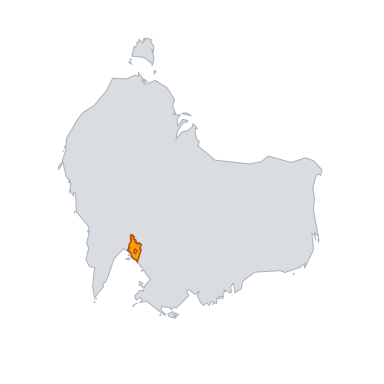 Burke, Queensland, Australia shown in context, rotated 197°
{"feature_id": "25037944B14025919363288", "entity_name": "Burke", "entity_type": "district", "adm_level": 2, "iso_a3": "AUS", "parent_name": "Australia", "parent_adm1": "Queensland", "projection": "natural_earth1", "projection_center": [139.379, -18.061], "detail": "fine", "context": "in_parent", "style": "filled", "palette": "amber", "viewbox_px": 384, "rotation_deg": 197, "n_neighbors": 0, "source": "geoboundaries", "source_scale": "gbopen_adm2", "svg_char_len": 6426}
<svg xmlns="http://www.w3.org/2000/svg" viewBox="0 0 384 384"><g transform="rotate(197 192 192)"><path d="M259.3,72.4L263.1,91.5L268.0,90.6L273.6,96.3L274.4,108.0L277.7,112.1L278.4,123.0L280.7,128.6L296.7,139.2L302.8,156.4L304.6,157.3L305.0,154.2L308.4,157.4L309.0,155.8L310.3,164.6L312.3,167.2L316.8,169.9L325.3,184.8L324.7,194.6L327.7,206.5L322.4,228.8L319.0,236.8L311.0,246.0L303.3,264.1L301.1,277.7L287.8,280.9L281.1,286.8L277.0,287.3L278.1,290.6L271.8,285.7L272.7,284.6L272.3,283.4L271.1,283.4L269.0,285.5L267.4,284.2L270.1,282.2L268.6,280.7L259.8,288.0L246.3,284.4L235.8,275.4L235.5,268.4L230.5,262.1L232.6,262.3L232.6,260.4L225.5,262.3L227.6,257.6L224.8,250.7L222.2,258.6L217.0,259.3L217.8,256.7L220.3,256.7L223.8,246.0L222.7,238.0L219.2,246.4L214.0,249.6L210.5,254.7L211.0,257.3L208.9,256.9L205.5,254.1L207.6,254.0L206.1,249.1L202.7,243.4L200.0,242.7L199.5,237.7L179.0,229.2L144.9,235.7L134.2,241.5L129.7,248.7L105.9,249.2L93.4,257.9L84.6,257.3L74.4,251.4L73.9,245.5L76.4,246.5L78.2,242.9L77.5,230.8L72.9,221.7L70.7,210.3L58.2,186.5L62.7,189.1L59.7,181.8L61.8,186.1L65.2,187.4L59.0,172.5L62.1,151.9L63.1,156.8L66.7,151.5L79.8,142.1L84.6,142.6L108.6,133.7L117.4,121.7L116.6,113.9L121.4,108.3L125.6,116.9L127.6,112.1L124.9,108.7L125.7,106.6L133.6,108.0L131.1,107.2L132.7,103.7L131.2,100.7L135.5,100.3L133.9,98.0L137.4,97.7L136.2,94.5L139.2,90.8L139.4,93.0L141.9,92.7L142.0,88.6L145.6,90.0L147.8,86.7L151.7,89.0L156.8,94.8L156.0,99.4L159.4,94.9L166.6,97.9L168.1,95.4L164.8,91.9L173.2,76.2L174.9,77.2L177.7,73.3L178.8,74.9L187.5,73.7L187.2,69.9L181.3,67.1L182.3,66.2L203.4,74.3L209.5,71.3L208.0,74.4L210.6,76.1L213.7,72.4L216.5,75.5L213.2,82.5L209.6,83.2L209.8,88.2L206.4,96.1L225.5,110.5L230.7,112.0L232.3,115.4L240.9,117.8L247.1,105.3L247.5,87.1L248.5,80.3L250.7,78.6L249.0,75.5L254.3,62.4L259.3,72.4ZM267.1,302.8L277.2,306.7L289.3,304.3L289.7,315.1L289.0,313.1L287.7,315.4L287.2,322.5L283.0,319.6L280.1,326.1L274.9,325.6L276.0,323.8L271.6,320.7L269.9,315.2L271.9,316.2L267.3,308.5L267.1,302.8ZM171.5,66.3L177.5,66.2L179.4,68.2L175.4,72.1L171.5,66.3ZM214.8,264.6L225.1,264.2L220.7,266.0L214.8,264.6ZM215.0,87.2L216.2,91.1L212.4,90.4L213.0,87.7L215.0,87.2ZM324.8,183.0L324.7,178.6L326.3,174.8L326.8,177.5L324.8,183.0ZM286.7,296.4L290.0,297.3L290.1,298.8L286.7,296.4ZM170.9,67.4L173.0,71.3L169.2,71.0L170.9,67.4ZM263.5,297.1L261.6,296.7L262.7,294.1L263.5,297.1ZM235.4,108.9L233.6,110.1L231.7,110.7L232.6,108.5L235.4,108.9ZM58.1,185.5L56.6,183.3L56.3,181.3L56.6,181.2L58.1,185.5ZM289.3,300.3L290.6,301.3L288.1,300.5L289.3,300.3ZM311.6,165.2L313.0,165.2L312.9,167.2L311.6,165.2ZM278.9,122.8L280.5,124.0L280.2,124.7L278.9,122.8ZM282.8,323.5L282.9,325.3L281.6,324.7L282.8,323.5ZM326.8,196.3L326.8,198.8L326.7,198.8L326.8,196.3ZM186.9,66.1L185.9,65.0L186.5,64.5L186.9,66.1ZM215.1,66.3L213.6,68.2L215.4,64.8L215.1,66.3ZM327.1,193.4L326.4,194.2L326.9,193.3L327.1,193.4ZM217.4,102.1L216.6,102.4L217.0,101.5L217.4,102.1ZM212.0,87.1L210.9,87.3L211.6,86.1L212.0,87.1ZM71.2,142.2L71.0,143.8L70.5,143.7L71.2,142.2ZM252.6,61.5L252.5,62.8L252.1,61.9L252.6,61.5ZM271.2,284.0L271.4,284.8L271.0,284.6L271.2,284.0ZM213.2,68.8L211.3,70.1L213.3,68.5L213.2,68.8ZM136.3,92.5L135.5,93.5L136.0,92.4L136.3,92.5ZM283.5,322.2L282.9,322.6L283.3,321.9L283.5,322.2ZM234.5,113.5L233.4,113.5L234.0,112.7L234.5,113.5ZM132.3,99.6L131.8,100.1L131.7,98.9L132.3,99.6ZM288.5,318.5L287.6,319.0L287.9,318.1L288.5,318.5ZM253.3,57.9L253.1,58.8L252.6,58.3L253.3,57.9ZM270.6,285.1L271.5,285.9L270.0,285.7L270.6,285.1ZM298.7,139.1L297.9,139.1L298.2,138.1L298.7,139.1ZM304.4,154.1L304.0,154.1L304.3,153.3L304.4,154.1ZM267.5,301.5L267.3,302.1L267.1,301.3L267.5,301.5Z" fill="#d9dde1" stroke="#a8b0b8" stroke-width="1"/><path d="M223.8,109.1L223.8,122.2L225.4,122.3L225.1,127.0L226.0,127.1L226.0,127.3L227.1,127.4L227.4,127.9L227.9,127.3L228.1,127.5L228.5,127.5L228.8,126.8L228.6,126.7L228.8,126.6L229.0,126.3L229.1,126.2L230.1,127.4L230.5,127.0L231.2,127.7L231.0,127.8L230.9,127.9L230.6,128.0L231.0,128.5L231.7,127.8L232.1,128.1L231.9,128.6L232.0,128.7L231.7,129.1L231.8,129.2L231.8,129.3L231.9,129.5L232.0,129.5L232.0,129.9L234.4,130.1L234.3,131.2L234.1,131.2L234.1,132.3L236.0,132.5L235.9,133.4L236.6,133.5L236.6,133.3L237.9,133.4L237.9,133.2L237.8,132.8L237.7,132.7L237.8,132.6L237.7,132.5L237.7,132.3L237.7,132.2L237.7,131.9L237.7,131.7L237.4,131.4L237.5,131.2L237.4,131.1L237.5,131.1L237.5,130.9L237.4,130.9L237.2,130.5L237.1,130.4L237.2,130.2L236.9,129.9L236.9,129.7L237.0,129.5L237.0,129.4L237.0,129.1L236.9,129.1L236.6,128.8L236.7,128.6L236.4,128.4L236.2,128.3L236.2,128.2L236.1,127.9L236.2,127.7L236.1,127.4L236.0,127.5L236.0,127.4L235.9,127.2L235.8,126.9L235.9,126.7L236.0,126.5L235.9,126.5L235.8,126.4L235.9,126.2L236.0,126.1L236.1,125.9L236.2,125.7L236.3,125.6L236.4,125.4L236.4,125.2L236.5,124.8L236.5,124.6L236.6,124.3L236.6,124.2L236.6,123.9L236.6,123.6L236.5,123.4L236.6,123.2L236.6,122.9L236.6,122.7L236.7,122.4L236.6,122.2L236.6,121.9L236.4,121.7L236.2,121.4L236.2,121.2L236.2,120.9L236.2,120.7L236.0,120.4L235.9,120.4L236.0,120.3L236.1,120.1L235.9,120.1L235.7,120.1L235.8,120.0L235.9,119.8L235.9,119.7L235.7,119.6L235.8,119.4L235.7,119.2L235.8,119.1L236.0,118.9L235.9,118.8L235.9,118.7L236.0,118.6L235.9,118.5L235.9,118.4L236.0,118.3L236.2,118.2L235.9,118.0L235.9,117.9L236.0,117.9L236.2,117.7L236.0,117.4L235.9,117.4L235.7,117.4L235.8,117.3L235.7,117.3L235.6,117.2L235.4,117.2L235.2,117.1L234.8,116.9L234.7,116.8L234.6,116.6L234.4,116.5L234.3,116.3L234.1,116.2L233.9,116.0L233.7,115.9L233.7,116.0L233.7,115.9L233.3,115.8L232.9,115.8L232.8,115.7L232.7,115.7L232.4,115.5L232.2,115.3L232.1,115.2L232.0,114.9L231.9,114.6L231.8,114.4L231.7,114.2L231.7,114.3L231.7,114.2L231.6,113.7L231.6,113.4L231.6,113.2L231.5,112.9L231.4,112.8L231.2,112.9L231.2,113.5L229.7,112.3L229.8,111.8L229.6,111.7L229.4,111.6L229.2,111.5L229.0,111.4L228.9,111.4L228.7,111.3L228.4,111.2L228.2,111.0L228.3,111.0L228.1,110.9L227.9,111.0L227.6,111.0L227.2,111.0L226.9,111.0L226.8,110.9L226.7,111.0L226.4,110.8L226.3,110.7L226.2,110.7L226.0,110.8L226.0,110.7L225.8,110.6L225.7,110.5L225.4,110.4L225.1,110.3L224.9,110.2L224.6,110.0L224.4,109.7L224.2,109.5L224.1,109.4L224.0,109.2L223.8,109.1ZM229.8,120.9L229.7,120.9L229.7,120.6L229.5,120.4L229.2,120.2L228.9,120.3L228.8,120.2L228.7,120.2L228.4,120.0L228.1,120.0L227.9,120.0L227.8,119.9L227.7,119.8L227.8,119.8L227.9,116.5L228.8,116.5L229.5,116.9L230.0,117.0L229.8,120.9Z" fill="#f59e0b" stroke="#b45309" stroke-width="1.5"/></g></svg>